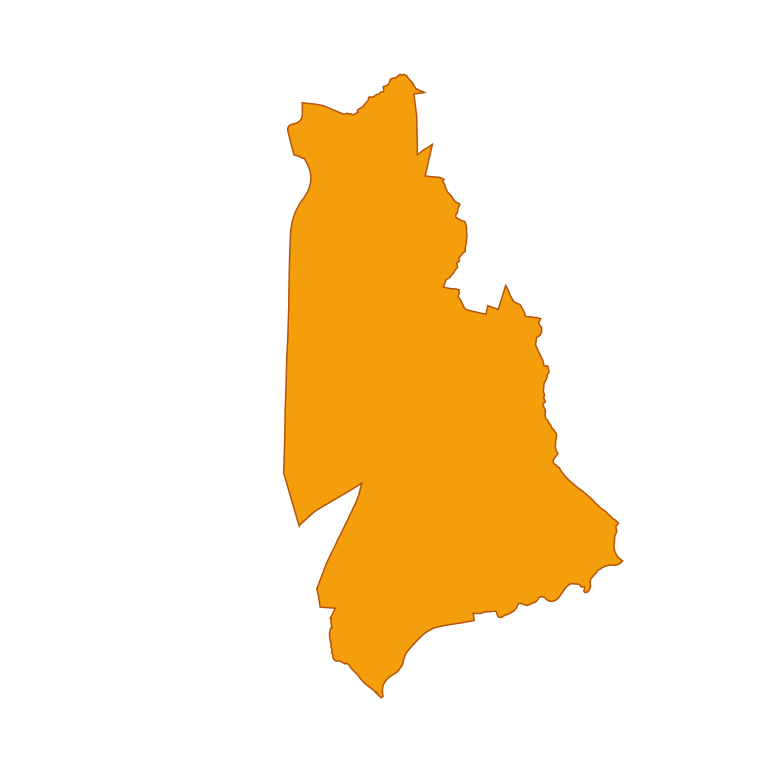 outline of Tzompantepec, Tlaxcala, Mexico, rotated 239°
{"feature_id": "50627088B59818276904858", "entity_name": "Tzompantepec", "entity_type": "district", "adm_level": 2, "iso_a3": "MEX", "parent_name": "Mexico", "parent_adm1": "Tlaxcala", "projection": "robinson", "projection_center": [-98.081, 19.383], "detail": "fine", "context": "isolated", "style": "filled", "palette": "amber", "viewbox_px": 768, "rotation_deg": 239, "n_neighbors": 0, "source": "geoboundaries", "source_scale": "gbopen_adm2", "svg_char_len": 6159}
<svg xmlns="http://www.w3.org/2000/svg" viewBox="0 0 768 768"><g transform="rotate(239 384 384)"><path d="M131.1,249.2L131.3,249.2L132.3,252.0L133.6,254.6L135.3,256.8L137.4,258.6L141.4,263.5L142.2,265.2L143.3,268.0L145.2,273.7L147.3,281.0L149.1,288.5L149.5,293.2L149.3,299.1L149.0,302.2L145.2,313.2L138.4,329.8L134.8,339.5L141.5,342.4L140.9,343.0L137.8,348.2L137.4,349.1L136.8,353.0L133.7,358.6L132.6,361.5L131.7,362.6L130.8,362.9L126.9,362.0L125.4,362.2L124.1,363.1L123.4,365.3L123.5,367.6L123.3,369.8L122.7,371.6L122.6,373.8L122.5,376.8L122.7,378.8L123.9,382.4L125.8,384.9L126.5,386.4L125.2,388.5L121.0,391.9L120.1,394.3L119.7,398.2L119.1,401.8L119.7,404.2L120.9,406.5L121.0,408.7L119.3,411.0L117.5,411.9L114.7,412.6L112.3,414.2L111.1,416.2L110.1,419.8L110.9,423.6L116.0,435.1L116.7,439.4L116.3,441.9L112.3,447.6L111.0,448.5L109.2,448.3L108.6,448.6L107.8,449.4L107.4,450.9L106.4,451.3L104.2,449.2L103.2,448.5L101.9,448.8L101.3,449.6L101.1,450.8L100.9,451.5L101.7,453.7L103.4,456.2L105.0,457.3L107.0,457.9L109.1,459.5L110.3,460.6L112.2,466.1L112.7,468.6L113.9,470.4L114.2,471.8L113.9,473.6L114.2,475.1L113.9,479.0L113.0,482.8L111.0,486.8L109.6,488.6L108.7,491.9L108.6,493.3L108.9,495.4L109.6,497.5L111.1,496.7L114.2,495.7L116.6,495.2L121.4,495.6L124.9,496.8L127.8,498.4L129.3,499.7L134.9,503.6L137.1,506.9L138.8,508.1L141.6,508.9L142.9,510.2L143.9,513.4L148.4,512.2L150.9,510.7L152.8,510.3L157.6,509.0L160.7,508.4L165.6,506.0L166.5,505.7L172.0,504.3L174.5,503.5L176.1,503.4L185.2,500.6L189.1,499.3L192.2,497.9L196.6,496.2L207.5,492.6L212.4,491.6L219.5,491.0L222.2,491.1L222.6,490.9L223.5,489.7L224.9,490.2L227.9,488.7L229.0,488.6L230.0,488.9L231.4,489.7L232.4,491.4L233.8,494.8L234.3,496.6L235.2,497.5L236.3,497.1L239.5,497.7L242.6,498.8L244.8,500.6L246.4,501.6L248.5,503.6L251.6,505.8L253.6,506.2L254.9,505.9L257.5,506.0L259.4,505.3L260.8,505.3L263.2,505.8L265.9,505.2L267.3,505.5L269.4,505.5L271.0,504.9L272.3,505.2L275.4,506.7L277.9,508.5L279.0,508.8L284.0,509.4L284.9,509.7L285.3,510.0L285.5,510.3L285.5,510.8L285.2,511.9L285.3,512.4L285.5,512.8L287.1,513.5L288.9,513.6L289.8,513.8L290.5,514.3L291.5,515.7L292.4,516.1L293.8,516.2L295.7,516.9L302.1,521.5L303.1,523.4L305.5,527.0L307.6,528.4L308.4,530.4L309.5,531.6L311.7,532.6L314.7,533.5L315.9,532.8L316.7,530.9L317.5,530.6L320.3,531.7L322.2,532.2L339.4,534.0L345.2,538.8L345.3,542.8L347.2,545.7L351.0,548.1L354.3,547.8L357.0,548.2L359.4,551.9L361.0,550.0L361.5,549.6L362.1,549.5L362.6,548.4L363.6,547.2L365.7,544.8L368.6,540.5L369.4,540.3L371.0,540.5L372.9,541.2L373.9,541.4L375.5,541.3L377.2,541.4L377.8,541.3L380.0,541.6L381.5,541.5L382.8,540.9L385.7,538.8L387.5,537.9L388.6,537.6L396.7,538.0L398.8,538.7L405.8,539.1L389.1,520.4L397.7,513.3L391.3,507.2L403.2,494.8L406.1,492.5L407.4,492.2L408.7,492.1L415.3,492.8L420.5,492.5L420.9,492.7L423.3,495.4L424.8,495.9L425.8,496.9L428.3,494.8L430.7,491.3L432.5,489.0L436.3,484.9L438.1,486.8L438.5,487.5L441.0,490.4L441.3,491.6L441.3,494.5L441.9,496.3L442.9,498.9L443.0,500.1L444.0,502.3L444.6,502.7L446.0,507.0L446.7,507.5L448.7,508.0L450.3,508.7L450.4,509.1L450.2,511.2L450.6,511.9L451.0,512.4L452.2,512.3L452.9,512.5L453.5,513.0L453.9,514.9L455.1,517.1L455.6,519.1L455.9,522.1L458.0,523.2L459.2,524.2L460.6,525.2L462.6,527.4L465.2,528.8L465.6,529.3L467.9,531.0L469.9,532.3L471.3,532.7L472.3,533.4L473.4,533.8L475.0,535.1L477.1,535.9L480.0,536.7L481.7,536.9L482.8,535.8L485.9,533.4L487.5,533.0L488.6,531.8L489.6,531.6L490.7,531.8L492.0,532.6L492.4,533.8L493.4,535.6L496.2,537.6L497.1,538.8L497.9,540.5L498.8,541.4L500.0,541.3L502.2,539.7L505.3,538.6L507.2,538.6L508.8,538.8L509.8,538.7L515.6,537.4L520.0,537.7L522.2,538.4L524.2,538.8L527.8,538.7L528.4,540.7L528.8,540.7L530.2,539.8L533.0,537.4L537.9,530.5L541.2,526.5L564.5,548.9L564.1,542.9L564.3,537.9L563.6,533.6L563.4,530.6L570.8,535.2L597.5,550.3L617.2,559.0L612.9,568.9L614.7,568.0L616.1,566.7L618.9,564.7L619.8,564.2L620.3,563.7L621.1,563.3L627.4,563.6L634.1,562.2L636.8,562.2L637.6,561.3L638.8,560.8L639.3,560.3L639.4,559.6L639.2,559.2L639.3,558.3L639.5,558.0L641.1,557.5L641.1,555.6L640.8,553.9L640.5,553.1L640.4,552.4L640.8,550.9L641.5,549.1L642.0,546.6L641.8,546.2L640.2,544.6L639.6,543.8L638.7,541.9L638.5,540.5L638.8,538.6L638.6,537.7L639.3,536.9L639.2,536.4L635.5,534.8L635.0,534.2L635.1,533.3L635.8,532.3L635.7,531.0L635.3,529.5L635.4,528.3L635.8,526.9L635.9,525.6L635.6,524.3L635.9,521.3L637.5,519.6L637.6,518.7L637.1,517.9L635.9,517.1L635.3,516.3L632.6,508.7L632.6,506.8L632.7,504.2L632.5,502.6L631.9,501.8L630.4,501.7L630.4,498.2L630.9,496.1L631.5,495.2L632.8,494.7L633.0,494.5L633.3,493.0L633.5,492.7L634.3,492.5L634.9,492.1L635.7,488.9L636.5,488.0L649.8,478.3L654.4,474.7L659.2,469.3L667.1,458.8L657.2,452.9L655.6,451.7L654.1,450.0L652.9,447.5L652.7,444.7L652.8,443.0L654.2,438.2L654.4,436.9L654.1,435.1L652.8,433.2L651.3,432.2L646.9,430.8L633.2,426.7L626.7,424.9L623.4,428.0L619.2,430.7L618.7,431.8L611.8,431.6L608.1,431.0L604.0,430.1L599.2,428.1L595.7,425.7L592.5,422.9L591.4,421.7L588.4,418.0L585.4,412.4L582.3,405.3L578.4,398.6L576.0,395.1L573.9,392.7L569.1,387.6L562.1,382.0L537.4,365.9L508.5,347.8L499.8,342.5L473.0,325.2L455.5,313.5L433.5,299.5L411.8,285.4L389.4,271.5L361.1,253.3L359.8,252.3L305.8,238.1L306.5,239.1L308.3,247.5L310.2,257.7L310.6,261.5L310.2,299.9L310.5,313.8L302.0,305.4L296.9,298.8L287.2,284.3L278.8,271.4L274.6,264.5L271.5,260.1L260.2,242.7L242.9,220.8L236.0,218.7L225.9,214.4L225.6,214.3L216.9,226.8L210.7,217.1L210.3,218.1L210.0,218.3L209.7,218.2L208.1,216.3L201.5,213.5L202.3,212.5L198.6,209.1L197.3,208.2L194.0,206.7L191.7,205.7L191.2,205.9L190.0,205.0L187.6,204.7L187.0,203.7L186.3,203.2L185.2,202.9L184.1,203.0L183.7,202.6L182.0,201.8L181.4,201.4L180.9,200.7L178.2,200.8L175.8,199.3L174.3,199.1L172.5,199.6L171.3,200.1L170.1,202.4L168.8,203.8L166.7,205.1L164.5,206.1L163.9,206.9L164.0,208.0L161.7,209.2L160.2,209.4L158.7,209.2L152.4,210.5L146.6,211.9L144.9,211.8L143.6,212.0L137.2,213.3L123.6,218.5L123.4,218.6L123.5,218.0L121.5,218.5L116.7,220.0L117.0,220.2L116.7,222.3L118.7,223.0L121.8,224.5L125.7,227.6L127.4,230.0L128.8,232.7L129.7,235.7L130.0,238.3L130.3,241.4L130.3,246.2L131.1,249.2Z" fill="#f59e0b" stroke="#b45309" stroke-width="1.5"/></g></svg>